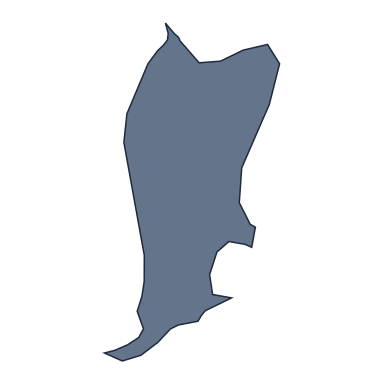 map outline of Gorizia (Albers equal-area conic projection)
{"feature_id": "ITA-5457", "entity_name": "Gorizia", "entity_type": "Province", "adm_level": 1, "iso_a3": "ITA", "parent_name": "Italy", "parent_adm1": "", "projection": "albers", "projection_center": [13.498, 45.841], "detail": "fine", "context": "isolated", "style": "filled", "palette": "slate", "viewbox_px": 384, "rotation_deg": 0, "n_neighbors": 0, "source": "natural_earth", "source_scale": "10m", "svg_char_len": 759}
<svg xmlns="http://www.w3.org/2000/svg" viewBox="0 0 384 384"><path d="M165.3,23.0L174.5,33.9L177.8,36.6L178.5,37.5L179.1,38.4L179.5,39.4L179.8,40.6L199.1,62.8L220.4,61.2L243.2,50.1L263.9,45.3L267.5,44.4L279.6,63.8L274.3,84.7L269.3,104.5L262.9,119.1L241.7,167.9L239.3,202.8L245.2,214.3L250.2,224.3L255.4,227.2L251.7,247.3L245.2,244.4L228.9,241.5L216.9,252.1L209.6,274.6L212.6,294.5L231.5,297.9L205.5,310.6L201.9,314.7L198.0,321.2L178.3,325.0L170.5,328.9L157.9,342.3L141.0,355.2L122.3,361.0L104.4,353.0L114.6,350.4L127.6,344.8L138.8,337.4L143.5,328.9L137.2,311.3L141.9,296.4L144.2,281.4L144.3,255.4L123.9,142.5L126.9,113.8L148.0,63.7L157.7,50.6L163.5,45.2L167.5,39.9L168.2,33.4L165.4,23.1L165.3,23.0Z" fill="#64748b" stroke="#1e293b" stroke-width="1.5"/></svg>